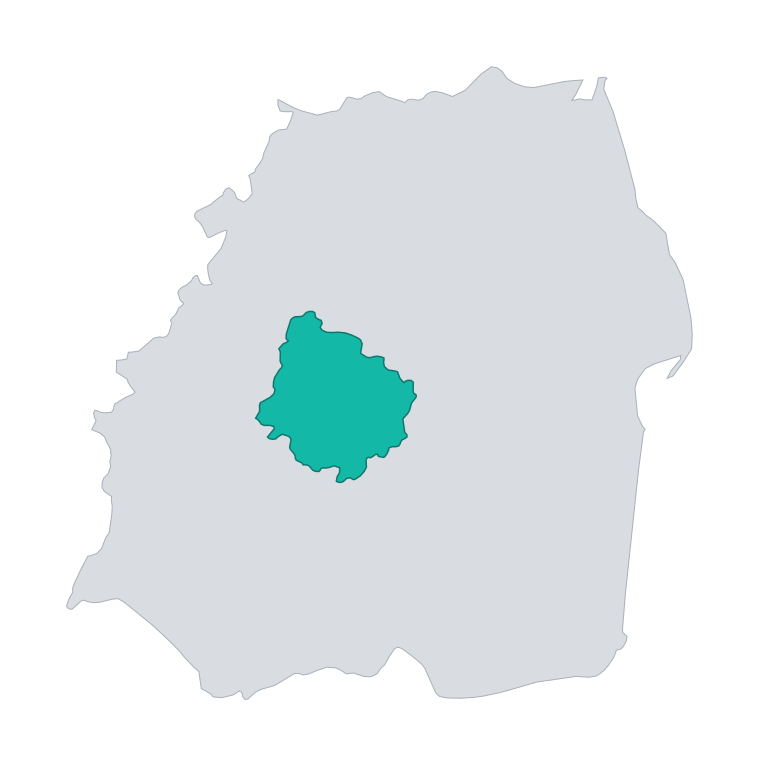 where Łódź sits in Poland, rotated 93°
{"feature_id": "POL-3147", "entity_name": "Łódź", "entity_type": "Voivodeship", "adm_level": 1, "iso_a3": "POL", "parent_name": "Poland", "parent_adm1": "", "projection": "mercator", "projection_center": [19.498, 51.569], "detail": "fine", "context": "in_parent", "style": "filled", "palette": "teal", "viewbox_px": 768, "rotation_deg": 93, "n_neighbors": 0, "source": "natural_earth", "source_scale": "10m", "svg_char_len": 5667}
<svg xmlns="http://www.w3.org/2000/svg" viewBox="0 0 768 768"><g transform="rotate(93 384 384)"><path d="M674.0,436.8L677.5,444.0L678.8,449.6L677.4,454.0L677.9,458.4L690.7,477.3L695.5,491.1L698.6,496.4L705.7,503.4L706.4,506.2L703.5,508.8L699.4,509.9L698.1,512.3L702.5,518.7L705.7,529.5L705.4,538.3L702.9,540.5L699.9,545.8L697.8,550.5L680.9,553.8L676.9,558.9L667.6,568.8L661.3,574.4L652.0,584.6L637.3,602.1L615.9,631.4L612.3,638.1L613.0,643.6L616.8,656.5L617.6,662.3L617.0,667.6L615.7,672.4L615.9,674.5L625.0,683.4L625.4,685.3L624.6,687.6L622.6,689.4L615.6,687.5L607.8,683.8L605.1,684.3L600.9,683.4L583.4,676.3L571.6,670.8L570.4,667.1L568.2,661.9L563.2,657.5L551.7,653.7L547.0,650.7L528.3,649.0L520.2,649.0L514.5,650.2L510.8,650.1L505.7,657.8L502.3,660.1L497.2,660.3L492.7,659.0L488.2,654.9L480.9,652.7L475.6,653.7L471.7,652.9L468.4,652.6L467.2,653.5L464.5,653.3L460.6,655.3L456.3,658.1L451.6,660.2L448.0,664.7L444.8,673.5L435.6,669.6L432.6,671.3L428.3,672.5L425.3,671.3L426.0,668.2L427.3,664.8L427.3,660.0L426.4,654.6L423.6,652.9L419.3,652.3L417.2,651.2L416.9,649.5L414.8,647.2L411.0,641.5L407.4,634.3L405.0,632.2L401.4,635.6L396.0,639.5L392.6,640.8L386.1,651.9L374.4,652.3L373.7,647.1L372.4,642.1L365.6,640.9L365.4,637.9L364.0,630.6L350.2,616.2L348.6,610.2L349.1,607.9L348.1,604.0L345.2,601.7L334.3,599.0L331.5,600.6L329.0,598.9L325.1,595.5L318.2,592.7L317.5,591.2L315.0,588.7L313.6,588.4L312.8,589.9L310.8,592.0L303.7,594.7L300.9,593.6L298.3,591.3L295.4,586.2L291.2,581.8L287.7,580.2L285.7,577.9L285.3,576.1L293.0,572.4L294.7,568.7L293.7,561.8L292.6,560.9L289.5,563.3L283.0,565.3L277.1,566.2L274.0,566.2L257.0,553.7L245.9,549.9L239.4,548.8L238.7,550.1L241.7,557.1L246.8,565.7L246.5,568.1L237.0,573.1L232.9,576.1L229.4,580.2L226.4,582.1L223.9,581.6L221.1,579.7L214.1,566.9L205.2,557.1L204.2,554.9L201.4,554.4L197.5,552.1L196.2,549.1L198.1,546.0L200.8,543.1L205.6,541.3L207.1,539.7L207.9,537.2L209.7,533.9L209.2,532.7L205.8,529.0L200.8,525.6L186.8,528.2L183.0,530.0L180.9,527.6L179.2,524.1L175.7,523.4L170.9,520.1L165.1,517.0L159.5,516.0L147.9,511.5L143.4,511.2L140.8,509.6L138.1,506.1L135.8,502.3L134.6,494.6L126.1,491.1L117.5,488.9L116.9,490.0L117.3,497.8L116.8,502.0L111.2,504.5L105.6,504.8L105.9,503.5L112.6,489.4L115.6,480.6L119.0,464.3L114.9,451.4L113.8,445.4L111.9,442.5L100.1,436.2L99.3,434.0L101.0,425.5L100.2,421.9L97.3,418.1L93.6,410.5L92.2,404.1L96.9,396.5L100.1,383.3L101.9,377.9L98.8,374.9L98.1,370.7L98.9,364.7L97.2,360.2L93.1,357.3L90.4,353.4L89.1,348.6L90.1,341.0L93.3,330.7L86.5,318.3L69.7,303.6L61.6,293.4L62.3,287.6L65.8,282.2L72.3,277.5L77.1,269.0L79.9,258.9L80.1,249.8L72.6,220.2L71.4,212.8L70.0,201.3L84.8,207.6L91.0,211.2L90.2,207.2L89.0,203.8L89.8,198.7L89.4,191.1L76.0,187.2L67.1,185.9L66.1,180.6L67.0,177.2L69.4,179.2L78.1,180.0L99.6,169.7L136.6,156.3L176.1,143.7L185.3,142.3L194.6,139.7L198.0,134.9L201.4,131.8L206.8,123.4L218.7,110.4L239.8,105.7L247.6,99.5L264.1,90.8L301.7,81.0L317.3,78.9L332.7,78.6L346.4,86.3L360.9,95.8L363.5,101.5L355.6,98.0L344.2,89.4L340.0,89.1L349.7,115.0L355.1,124.1L365.9,130.9L374.9,133.2L402.7,129.1L412.6,123.7L415.5,120.9L418.1,122.3L454.5,125.2L581.2,132.0L617.6,133.0L619.8,132.3L623.5,128.0L628.1,128.6L633.4,131.2L635.9,133.2L637.0,135.5L637.6,138.1L640.6,138.7L645.9,140.7L653.2,145.2L658.8,149.6L664.2,155.9L666.0,163.0L666.1,171.0L665.8,176.2L673.6,215.6L685.9,251.2L690.4,268.3L692.2,277.4L693.7,290.6L694.1,299.8L694.1,305.0L693.2,312.1L689.5,316.3L665.9,328.3L661.5,332.0L654.5,341.3L648.1,350.9L646.6,354.2L646.2,356.3L647.6,359.5L656.1,364.6L664.5,368.7L667.3,371.8L673.6,375.7L675.8,379.2L677.1,382.3L677.0,389.3L674.2,399.1L675.4,406.5L672.5,411.4L670.1,416.8L669.8,426.3L674.0,436.8Z" fill="#d9dde1" stroke="#a8b0b8" stroke-width="1"/><path d="M395.5,351.3L401.8,355.6L408.6,357.0L411.9,358.6L417.9,363.4L431.3,360.7L433.4,358.5L435.8,358.3L437.5,360.6L439.1,363.3L441.1,364.3L443.4,365.0L445.2,366.3L446.0,369.0L446.2,372.7L447.5,375.6L448.5,376.1L449.5,375.8L453.9,377.6L456.4,379.3L457.3,380.5L456.6,385.7L454.5,387.0L455.0,389.2L456.8,391.2L458.3,393.5L458.1,395.5L458.7,397.2L461.0,397.9L467.9,397.2L472.2,399.1L476.9,402.8L480.7,407.9L481.1,409.6L480.5,410.8L479.9,411.7L479.5,413.1L480.1,416.1L483.6,419.7L484.6,422.3L484.4,424.8L483.6,426.5L478.9,425.9L475.0,423.8L470.0,423.8L468.3,429.6L470.2,434.3L470.9,437.5L471.1,440.8L471.6,442.4L474.0,443.6L474.8,444.5L474.8,447.9L473.7,450.7L469.6,454.6L468.8,457.4L469.0,460.5L467.1,461.8L464.7,467.7L462.6,468.7L460.4,469.0L458.4,470.1L453.9,474.3L451.8,474.9L444.7,473.9L442.7,474.7L441.1,476.7L439.5,483.0L442.4,487.4L444.4,489.0L445.1,492.5L444.5,495.8L443.1,497.6L434.5,491.3L432.3,491.7L431.4,495.0L431.4,498.3L431.6,501.5L430.5,504.6L428.3,506.1L426.4,507.9L424.9,510.4L417.9,506.8L411.4,507.2L409.2,506.5L403.2,496.9L399.3,493.3L395.0,492.5L392.8,494.4L387.6,494.4L383.4,493.6L375.0,489.0L373.0,487.0L370.7,486.5L368.7,487.9L366.5,488.9L357.4,489.2L354.2,490.8L349.3,486.9L347.8,484.0L346.1,481.8L345.3,482.3L344.7,483.3L343.9,484.1L339.3,484.2L324.9,480.5L323.0,478.9L321.5,476.3L321.1,471.5L320.4,468.7L316.7,465.4L315.5,462.5L315.3,459.2L316.4,456.9L321.1,455.8L322.7,453.2L323.8,450.0L327.0,449.0L330.6,450.8L333.6,448.6L335.4,443.6L335.3,438.1L334.7,432.4L335.0,425.5L336.7,419.2L339.7,412.0L341.3,409.7L345.0,407.9L354.4,409.0L355.1,408.1L358.2,402.7L358.5,399.4L357.3,396.0L356.6,392.3L357.0,388.7L357.9,385.5L360.0,385.3L362.2,385.6L366.5,384.6L369.8,380.7L370.4,374.1L371.1,371.2L377.5,368.4L381.5,364.5L381.3,363.5L380.4,363.2L379.1,360.6L379.0,357.2L379.6,356.4L380.1,355.4L381.2,354.8L389.2,354.6L391.7,353.9L392.3,352.7L393.1,351.5L394.3,351.2L395.5,351.3Z" fill="#14b8a6" stroke="#0f766e" stroke-width="1.5"/></g></svg>